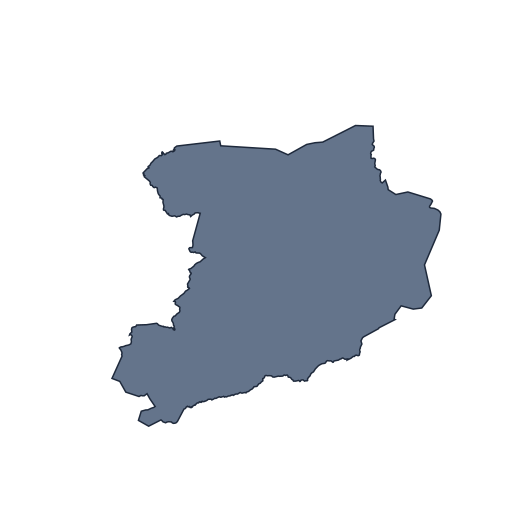 Loh-Djiboua, Sud-Bandama, Ivory Coast, rotated 63°
{"feature_id": "98640826B50838995581112", "entity_name": "Loh-Djiboua", "entity_type": "district", "adm_level": 2, "iso_a3": "CIV", "parent_name": "Ivory Coast", "parent_adm1": "Sud-Bandama", "projection": "equal_earth", "projection_center": [-5.414, 5.714], "detail": "fine", "context": "isolated", "style": "filled", "palette": "slate", "viewbox_px": 512, "rotation_deg": 63, "n_neighbors": 0, "source": "geoboundaries", "source_scale": "gbopen_adm2", "svg_char_len": 6151}
<svg xmlns="http://www.w3.org/2000/svg" viewBox="0 0 512 512"><g transform="rotate(63 256 256)"><path d="M316.2,81.0L302.6,72.2L300.1,72.1L297.7,73.0L294.5,75.5L292.6,78.5L291.6,79.2L291.2,79.2L290.4,78.7L289.3,76.6L287.2,73.8L286.2,73.8L284.4,74.6L283.5,75.5L267.9,91.6L264.7,103.5L256.9,108.1L254.4,107.2L247.1,106.2L248.2,110.4L246.9,111.1L245.0,111.0L244.0,110.2L243.0,110.0L242.0,109.4L240.9,109.3L240.0,108.4L239.0,107.8L238.3,106.7L237.3,106.3L236.2,106.4L235.1,106.9L234.4,108.0L233.6,108.6L230.5,109.8L229.7,108.8L227.5,108.2L224.5,105.9L223.2,105.9L222.3,106.7L221.9,108.2L221.1,109.1L218.9,108.1L217.9,107.2L216.9,107.4L215.8,106.6L215.1,105.6L215.2,104.3L215.0,103.0L213.9,102.4L213.0,101.3L211.8,100.9L209.5,101.8L208.5,101.0L207.2,98.7L205.0,98.1L193.5,92.8L184.9,108.1L184.8,144.9L181.9,151.9L179.6,160.2L180.4,181.5L169.7,190.1L141.8,237.4L137.1,236.1L122.1,276.6L122.6,279.6L123.3,280.1L123.9,281.1L124.1,280.2L124.5,280.0L125.2,280.7L125.3,281.4L125.4,282.7L124.1,284.0L124.0,284.7L124.2,287.3L123.7,289.2L124.4,290.2L124.3,291.2L123.6,291.3L122.7,292.0L122.1,291.8L120.7,292.2L120.7,292.5L121.4,293.2L122.0,293.4L122.2,293.1L122.9,293.0L123.4,293.9L123.3,294.2L123.6,294.9L122.8,295.9L122.6,296.7L123.3,298.3L123.5,299.3L123.6,302.1L125.0,305.4L125.5,307.2L127.0,309.4L127.3,311.5L128.0,311.8L128.6,311.3L128.9,311.4L128.8,313.4L130.7,318.9L131.6,319.2L132.1,318.6L133.0,319.4L133.9,318.6L134.6,319.6L140.9,316.9L142.6,316.8L143.6,317.6L145.1,317.7L145.7,316.7L146.3,316.4L147.1,316.5L148.6,315.9L148.9,315.6L149.0,314.3L150.6,313.1L153.2,314.2L156.0,314.8L157.3,314.7L159.1,314.2L160.5,315.1L161.5,313.9L161.9,313.7L162.6,313.9L162.9,313.5L163.5,313.1L166.1,314.6L169.1,315.2L170.6,315.8L172.0,317.1L172.9,317.5L173.5,317.3L173.9,316.4L174.2,316.2L178.2,315.8L178.5,315.6L178.5,314.8L179.3,315.1L180.5,314.8L182.5,312.8L183.3,310.2L185.2,309.0L185.2,307.5L186.0,305.8L185.8,304.8L185.8,302.0L186.7,300.8L187.1,298.8L188.2,297.9L189.3,296.2L191.2,296.3L190.6,294.2L190.6,292.0L190.0,290.7L190.1,290.3L191.2,287.8L192.0,287.2L192.6,286.3L213.9,305.7L214.3,305.7L217.7,307.2L219.6,308.8L218.5,311.3L218.9,312.4L219.2,312.6L222.1,312.7L223.0,312.3L223.3,312.0L223.8,310.7L224.6,310.0L224.7,308.4L226.1,308.0L227.9,304.8L229.6,304.1L231.3,303.8L234.5,301.9L234.7,304.5L235.8,308.5L235.5,310.3L235.5,312.4L236.0,314.5L236.8,315.9L237.6,319.6L237.3,321.7L237.4,322.1L239.3,321.8L241.0,322.1L241.8,321.5L242.3,321.8L243.4,323.9L244.0,324.6L245.2,325.1L246.3,325.0L247.0,325.3L249.9,329.8L252.1,330.4L252.4,330.9L252.9,331.0L254.2,330.0L254.7,330.0L255.3,333.0L255.3,334.7L256.6,337.2L257.3,341.5L258.4,344.5L258.3,347.9L259.1,349.8L260.1,348.6L260.7,348.7L262.0,349.8L263.2,349.4L264.7,348.2L265.6,348.0L266.7,347.2L267.4,347.2L268.9,348.3L270.4,348.7L271.4,349.9L271.7,352.7L272.7,355.2L272.4,356.6L273.5,358.8L274.4,359.9L275.6,360.4L277.2,360.2L278.8,360.3L280.1,360.9L281.5,360.7L282.5,361.7L283.6,361.4L284.8,361.7L285.0,362.0L285.0,362.3L284.0,363.1L283.0,362.9L282.3,363.3L281.3,363.6L281.1,364.1L281.0,365.5L279.2,367.2L278.8,368.3L277.8,369.2L277.5,370.2L276.7,370.3L276.2,371.4L273.4,374.1L271.5,374.6L270.8,375.2L267.5,384.8L263.3,393.7L264.2,395.1L264.2,395.7L263.8,396.5L263.5,398.5L263.7,399.2L264.8,400.2L267.4,401.2L268.1,403.7L269.0,404.6L269.0,403.7L269.5,403.2L270.2,402.8L271.6,402.9L273.5,405.1L276.0,406.0L277.5,407.5L277.5,409.8L276.6,413.2L276.7,414.1L276.3,415.8L276.2,416.7L275.7,417.3L275.7,419.4L276.3,419.6L277.9,419.1L280.9,419.2L282.1,419.7L282.6,420.4L284.4,420.8L299.7,439.9L305.9,434.3L318.2,433.8L328.1,424.0L328.0,421.8L329.1,420.5L329.8,419.0L329.2,415.6L335.1,415.4L344.3,414.2L344.5,415.9L344.1,418.5L344.0,422.2L343.1,424.2L342.2,428.7L349.1,435.4L358.9,428.9L358.9,415.1L360.2,414.5L361.5,414.2L363.3,412.5L363.6,412.2L363.5,410.8L364.0,409.0L365.5,406.7L366.8,406.3L367.6,405.6L368.2,404.1L368.3,402.9L368.3,402.5L367.6,400.9L359.7,389.7L359.8,388.5L359.4,387.3L359.0,387.0L358.7,385.4L359.5,385.1L359.8,384.5L359.7,383.9L360.8,383.6L361.0,382.7L361.4,383.0L361.7,382.6L361.5,382.1L361.7,381.6L361.6,381.2L361.2,381.0L361.0,379.8L360.9,379.2L361.3,377.9L361.1,377.5L360.8,377.5L360.8,376.9L360.2,375.0L360.8,374.1L360.7,373.4L360.2,372.7L361.5,371.4L361.4,370.2L361.0,370.5L361.0,369.9L361.5,369.5L362.1,368.6L362.2,367.6L362.1,367.2L362.3,367.0L362.4,366.4L362.3,364.8L362.0,363.9L362.1,363.5L363.1,361.1L364.2,360.7L364.2,358.4L364.0,357.4L364.7,356.4L364.7,352.7L365.0,352.2L365.5,352.1L366.0,351.2L366.0,350.2L366.5,349.0L366.4,348.5L367.5,348.0L367.4,347.2L368.2,346.2L368.2,344.2L368.9,342.6L368.7,341.8L368.9,341.4L368.9,340.2L369.9,339.5L369.7,338.6L369.9,338.3L369.7,337.9L369.9,336.4L370.6,335.3L370.6,333.6L370.3,332.7L370.5,331.9L371.4,331.4L372.1,330.1L372.1,329.5L372.7,327.7L373.4,327.1L373.1,326.7L373.0,326.0L373.3,324.0L372.7,321.6L372.8,320.0L372.0,317.7L371.5,317.1L372.4,315.0L372.5,314.1L371.2,311.7L371.3,310.0L370.7,308.6L370.3,306.5L369.3,306.3L369.1,305.9L368.3,305.6L368.4,304.7L368.1,303.7L367.0,302.8L366.9,301.3L367.9,300.2L368.6,298.5L369.9,296.5L371.3,296.1L372.2,294.8L373.2,290.5L373.8,289.8L375.0,287.1L375.1,286.3L374.8,285.3L375.0,284.6L375.8,284.0L376.0,282.8L376.4,282.1L376.9,282.0L378.6,282.2L379.5,280.9L380.2,280.4L382.2,280.1L383.2,279.4L384.5,279.4L385.5,277.5L386.2,274.6L387.0,274.0L387.7,273.9L387.8,273.5L387.1,272.3L387.4,271.0L387.9,270.2L389.5,269.6L389.8,268.2L390.4,267.2L390.3,266.5L388.9,265.9L388.0,264.3L387.4,262.4L385.9,260.6L385.5,259.4L385.3,257.3L383.6,254.5L382.3,250.8L382.0,249.5L381.9,246.3L382.8,243.5L382.8,242.7L381.8,241.1L381.6,240.0L383.0,237.9L383.3,237.0L383.8,236.6L385.6,235.8L385.7,235.3L385.1,234.5L385.0,233.9L386.2,229.8L386.0,228.2L386.3,226.9L386.1,225.7L386.3,224.9L388.4,223.6L389.3,221.2L390.1,222.0L390.2,217.7L389.6,215.1L390.2,213.8L389.6,212.7L389.9,211.6L391.2,210.3L391.3,209.4L391.2,208.9L389.4,207.6L388.7,206.7L387.8,206.7L386.3,206.0L385.4,204.8L384.6,204.4L382.5,201.6L379.3,201.0L377.2,198.2L376.9,196.7L376.4,179.8L375.8,179.0L375.8,160.9L375.0,161.6L371.0,158.7L366.3,149.3L374.7,140.0L377.6,131.9L371.0,117.8L340.4,109.9L316.2,81.0Z" fill="#64748b" stroke="#1e293b" stroke-width="1.5"/></g></svg>